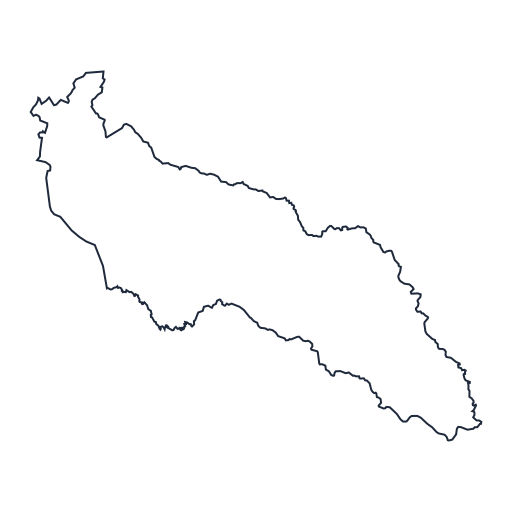 Igembe South, Eastern, Kenya
{"feature_id": "3690345B60078326777064", "entity_name": "Igembe South", "entity_type": "district", "adm_level": 2, "iso_a3": "KEN", "parent_name": "Kenya", "parent_adm1": "Eastern", "projection": "natural_earth1", "projection_center": [38.161, 0.099], "detail": "fine", "context": "isolated", "style": "outline", "palette": "slate", "viewbox_px": 512, "rotation_deg": 0, "n_neighbors": 0, "source": "geoboundaries", "source_scale": "gbopen_adm2", "svg_char_len": 6040}
<svg xmlns="http://www.w3.org/2000/svg" viewBox="0 0 512 512"><path d="M30.7,112.0L33.5,115.9L36.0,114.7L38.5,115.9L39.6,117.2L40.2,120.5L47.3,123.3L47.2,126.1L45.0,132.8L43.0,131.4L42.9,132.4L40.1,132.4L38.4,134.3L39.5,137.6L42.0,137.8L40.1,151.9L39.9,156.5L37.1,160.2L45.6,162.1L49.7,165.0L50.5,166.9L50.1,170.5L47.6,171.0L46.2,177.9L49.9,206.6L51.2,210.7L54.2,214.3L60.3,216.8L71.6,230.4L79.3,236.9L86.3,241.5L94.8,245.0L103.0,266.0L106.9,288.3L107.6,287.9L110.6,289.5L112.1,289.2L113.8,287.8L116.6,287.2L117.3,286.3L118.1,287.9L119.0,287.4L120.8,288.0L122.3,290.3L121.8,290.9L122.8,292.2L123.4,291.8L125.8,292.2L126.4,290.1L129.5,292.1L131.3,291.9L133.6,294.0L134.4,296.0L135.1,295.8L135.1,294.9L135.7,294.2L138.1,295.6L138.0,296.7L139.5,299.3L139.3,301.3L139.8,302.0L142.4,302.5L141.8,303.4L142.2,304.1L143.1,304.0L144.4,302.3L147.1,305.3L148.3,309.1L150.9,310.9L151.6,314.4L150.8,314.9L151.0,317.0L152.0,317.3L154.4,321.7L155.8,322.0L156.3,324.1L158.4,325.7L159.6,328.8L160.4,329.6L160.8,328.8L160.1,327.1L162.2,326.3L163.7,327.4L164.6,329.2L164.9,327.4L165.9,327.2L165.8,325.5L166.7,325.3L168.3,326.9L167.9,327.8L172.3,330.3L173.5,330.1L174.5,328.1L175.9,326.9L177.6,328.9L178.9,328.7L179.4,327.8L180.2,328.0L180.5,329.9L181.4,330.3L182.0,329.8L182.1,327.8L182.8,327.9L183.6,329.0L184.1,328.4L184.1,326.9L185.1,326.4L184.3,324.1L186.1,324.1L186.2,323.1L185.3,322.8L185.1,322.0L187.2,322.5L189.3,324.1L190.7,324.1L191.3,325.9L192.0,326.5L194.1,324.4L193.9,321.2L195.2,320.2L198.2,312.5L202.7,310.9L203.9,306.8L208.1,305.7L211.9,307.8L213.3,305.0L215.9,304.0L217.1,300.7L219.5,299.5L220.5,299.8L220.8,301.0L222.3,302.3L222.1,304.1L224.2,305.5L225.0,305.7L226.8,303.6L228.8,304.8L231.5,303.6L239.6,306.8L243.9,310.0L250.0,317.6L250.9,317.9L253.9,321.2L257.2,322.7L258.3,325.8L259.5,327.0L260.5,327.8L265.3,328.4L267.8,329.9L269.4,329.4L272.4,330.1L275.8,332.6L278.1,336.1L284.6,338.3L285.9,340.4L288.5,340.1L289.6,339.0L291.1,339.4L297.1,336.9L299.1,336.7L303.2,340.7L305.8,341.2L308.0,340.8L309.5,341.4L312.2,343.9L312.4,346.4L311.0,348.5L311.4,349.7L317.3,351.3L317.8,352.3L319.3,363.7L319.8,364.4L322.0,364.2L325.3,365.6L325.9,369.6L328.9,371.3L331.3,375.1L333.3,375.8L334.1,375.5L334.6,372.9L335.7,371.3L340.4,371.1L345.7,373.2L348.8,372.5L353.0,375.8L354.1,375.5L355.8,376.3L359.1,376.3L359.4,378.0L360.1,378.6L363.8,378.3L365.1,380.3L366.8,380.5L369.6,383.3L371.3,389.8L372.5,391.7L374.1,393.1L375.7,392.7L376.3,393.4L376.9,397.1L378.7,397.6L380.6,399.1L381.1,402.8L378.7,405.5L378.8,406.5L383.6,408.5L385.4,408.2L385.8,407.3L386.8,406.9L389.8,407.3L396.8,413.9L400.4,419.2L402.9,421.5L406.0,421.6L407.2,420.8L409.7,417.4L411.6,416.0L417.3,415.9L420.8,417.7L427.3,423.8L432.2,427.3L436.7,432.2L438.9,433.5L444.6,434.7L446.7,437.0L447.8,440.2L449.0,440.5L452.3,439.6L456.1,434.4L456.9,428.7L458.2,426.9L460.8,427.1L467.5,429.7L473.5,428.7L474.8,427.2L477.3,427.2L479.9,423.9L481.0,423.8L481.3,421.9L479.2,420.5L476.5,420.4L473.2,417.3L474.4,415.1L474.5,413.0L474.1,411.7L472.4,411.2L473.7,410.1L476.0,405.6L475.7,404.7L473.7,405.6L472.9,405.2L472.6,403.8L473.6,402.5L473.5,400.8L471.8,398.5L469.4,396.8L469.5,390.9L468.4,389.3L468.5,385.1L468.0,383.1L469.7,383.0L469.8,381.9L465.6,380.3L464.5,378.5L463.6,375.0L463.8,374.1L465.1,373.9L464.9,372.1L465.7,370.6L464.6,369.8L462.1,370.2L461.2,368.2L458.4,367.4L458.1,364.9L459.8,364.5L459.6,363.5L456.0,361.9L450.9,357.8L446.5,357.0L445.5,355.0L445.8,351.7L444.4,349.7L442.5,349.0L439.3,348.9L438.5,348.2L437.8,346.5L437.8,344.1L435.3,341.9L435.0,340.0L432.4,339.0L426.7,333.9L425.4,331.4L424.3,323.5L424.6,322.2L427.6,318.7L428.1,317.7L427.7,316.8L425.6,315.7L423.2,313.4L421.6,313.3L420.6,311.5L417.5,311.8L416.0,309.7L415.9,308.4L417.8,306.4L418.6,303.6L417.5,300.9L417.7,300.1L420.4,297.0L420.7,294.4L417.9,293.4L411.4,293.7L410.8,291.9L413.6,289.1L412.6,287.2L409.4,284.4L404.4,283.7L400.6,281.3L399.3,279.7L398.3,277.0L398.4,275.7L400.1,271.9L400.9,266.9L399.0,266.2L398.5,265.3L398.7,264.2L394.7,260.0L391.9,251.6L391.1,250.8L389.7,250.7L386.5,251.4L385.0,252.5L383.4,252.0L380.7,247.5L380.0,244.9L373.7,242.4L373.2,241.4L373.3,240.0L371.3,237.8L370.7,235.8L369.6,234.4L366.4,232.2L365.8,228.5L363.4,227.3L360.3,227.4L358.0,226.1L355.2,228.2L351.8,228.4L347.9,229.6L347.3,229.1L347.7,227.9L346.0,226.5L342.8,226.9L342.2,227.8L342.2,230.0L340.9,230.4L339.0,228.2L336.9,228.1L335.2,229.2L334.5,229.1L331.3,226.0L330.1,225.9L327.9,227.7L325.7,231.2L322.7,231.3L322.2,231.9L322.3,233.9L321.2,236.6L318.1,236.6L316.5,235.8L313.4,236.1L312.1,235.0L308.5,235.1L306.8,234.2L305.3,231.3L303.4,230.4L303.3,227.9L301.9,226.4L300.0,222.0L298.2,219.7L297.9,215.8L295.6,211.7L296.0,210.7L295.3,209.8L293.8,209.2L293.5,208.1L294.2,206.8L293.7,205.4L291.9,204.8L291.3,202.8L289.3,203.1L288.9,200.7L286.6,200.7L285.9,198.1L285.0,197.5L283.3,198.5L279.2,199.1L276.1,199.0L273.2,197.0L270.0,197.4L266.7,193.0L262.7,191.3L262.4,190.5L258.3,191.0L255.8,189.4L253.6,189.4L248.8,188.0L247.7,185.9L243.6,184.0L242.7,182.0L240.8,183.1L236.8,183.2L235.0,184.3L234.0,184.3L233.2,185.4L228.6,184.5L226.0,182.1L221.1,181.6L218.0,176.7L214.1,174.7L210.2,173.7L206.9,174.8L203.8,173.5L201.6,173.4L199.7,172.5L198.5,170.7L195.2,168.2L191.5,167.8L185.7,165.9L181.2,167.1L180.7,168.9L179.8,169.4L178.2,167.0L170.3,164.7L168.2,163.1L162.5,163.6L160.7,161.5L159.0,160.6L158.8,159.8L156.9,159.1L154.5,157.0L151.2,147.6L149.2,146.0L148.0,142.7L143.3,141.5L141.1,137.7L137.7,133.8L135.2,132.2L134.1,129.9L131.1,126.3L126.3,123.9L123.9,124.7L122.0,128.1L106.7,137.4L105.9,136.9L105.5,131.5L103.4,125.6L103.4,123.7L104.7,120.6L104.6,119.7L99.1,117.3L98.0,114.4L97.1,113.5L95.9,113.4L91.4,106.6L92.4,105.3L91.7,101.8L92.5,99.7L94.8,98.3L98.0,94.6L101.8,92.3L102.4,87.5L100.5,86.9L103.9,81.8L104.6,79.6L102.8,78.2L103.5,71.5L85.9,72.9L83.3,76.4L76.1,79.4L73.4,83.4L74.7,87.7L72.6,90.0L71.2,92.9L67.2,97.0L68.7,100.3L68.8,101.4L67.9,102.9L60.8,99.9L56.3,104.6L54.0,105.2L49.1,97.5L46.1,100.8L41.6,103.9L39.5,98.6L38.3,97.8L38.0,100.4L36.0,104.4L33.3,107.3L30.7,112.0Z" fill="none" stroke="#1e293b" stroke-width="2"/></svg>